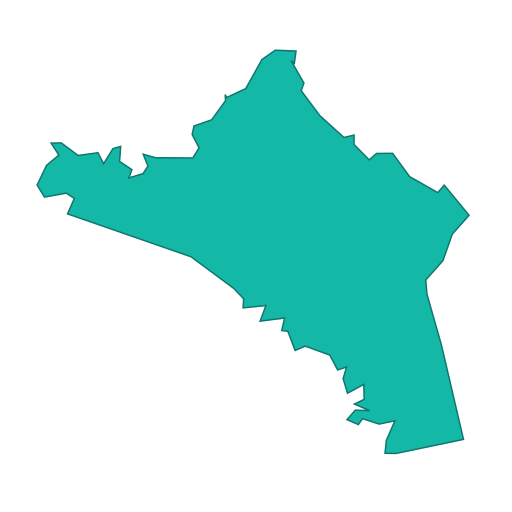 outline of Nelson, Kentucky, United States of America, rotated 87°
{"feature_id": "52423323B13152502054342", "entity_name": "Nelson", "entity_type": "district", "adm_level": 2, "iso_a3": "USA", "parent_name": "United States of America", "parent_adm1": "Kentucky", "projection": "equal_earth", "projection_center": [-85.473, 37.757], "detail": "fine", "context": "isolated", "style": "filled", "palette": "teal", "viewbox_px": 512, "rotation_deg": 87, "n_neighbors": 0, "source": "geoboundaries", "source_scale": "gbopen_adm2", "svg_char_len": 1157}
<svg xmlns="http://www.w3.org/2000/svg" viewBox="0 0 512 512"><g transform="rotate(87 256 256)"><path d="M460.5,126.5L450.0,58.4L354.5,75.5L303.0,87.3L288.8,87.7L270.5,69.6L244.4,58.8L226.5,41.1L195.1,64.3L202.2,71.2L184.8,98.4L160.6,114.2L159.9,130.2L165.9,138.0L149.7,152.3L140.4,151.7L142.2,162.0L119.2,184.9L93.3,202.2L85.8,199.1L62.8,210.7L65.5,207.6L53.4,205.3L51.5,226.0L60.1,239.8L88.3,257.5L96.2,277.1L93.2,278.3L99.3,278.3L117.7,293.2L122.9,311.1L131.3,313.4L145.1,307.2L154.8,314.0L152.6,351.1L148.5,363.3L160.6,359.2L167.8,364.5L171.4,378.9L163.3,375.4L154.4,387.3L139.5,385.4L141.3,393.2L155.9,403.4L144.6,408.4L146.3,428.4L132.9,444.5L132.5,454.7L144.9,447.6L154.5,460.4L173.7,470.9L186.1,464.1L183.3,442.3L189.0,434.4L204.1,442.0L253.4,320.9L287.3,279.8L298.1,270.6L307.1,271.6L306.0,248.7L321.3,255.3L319.4,230.7L331.8,234.2L332.9,228.1L352.4,221.9L348.6,211.6L358.8,187.5L374.1,180.4L371.6,171.4L383.0,175.4L397.8,171.8L389.9,155.1L404.8,155.5L409.0,165.5L416.4,150.6L415.1,164.9L424.2,173.7L429.7,162.6L424.0,158.1L430.3,141.9L427.8,125.9L447.0,135.5L459.8,137.5L460.5,126.5Z" fill="#14b8a6" stroke="#0f766e" stroke-width="1.5"/></g></svg>